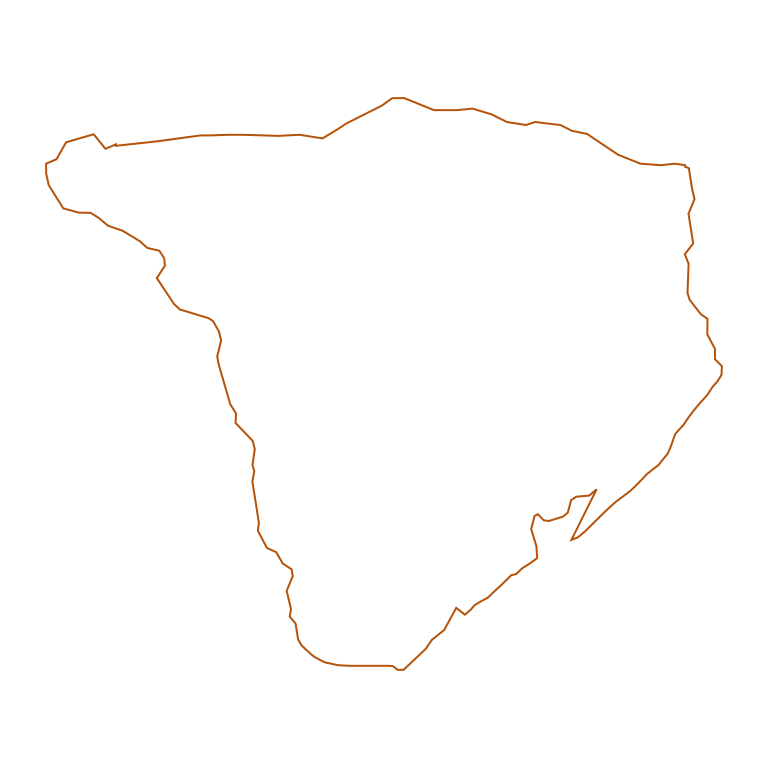 Gbadolite, Équateur, Democratic Republic of the Congo (Albers equal-area conic projection)
{"feature_id": "63176286B98421000452360", "entity_name": "Gbadolite", "entity_type": "district", "adm_level": 2, "iso_a3": "COD", "parent_name": "Democratic Republic of the Congo", "parent_adm1": "Équateur", "projection": "albers", "projection_center": [20.879, 4.254], "detail": "fine", "context": "isolated", "style": "outline", "palette": "amber", "viewbox_px": 768, "rotation_deg": 0, "n_neighbors": 0, "source": "geoboundaries", "source_scale": "gbopen_adm2", "svg_char_len": 2141}
<svg xmlns="http://www.w3.org/2000/svg" viewBox="0 0 768 768"><path d="M688.8,168.1L685.1,166.7L685.1,165.2L675.5,163.8L674.7,163.7L661.3,165.2L640.5,163.7L618.2,154.8L587.0,133.9L572.1,130.9L560.3,125.0L535.0,122.0L526.1,125.0L506.8,122.0L498.3,117.7L491.9,114.5L472.6,108.6L457.7,110.1L433.9,110.1L404.2,98.1L392.3,98.1L381.9,105.6L346.3,123.5L337.4,129.4L322.5,138.4L299.7,134.8L291.4,135.2L278.0,135.9L256.9,135.2L243.5,134.8L227.6,134.8L211.3,135.4L211.0,135.4L200.6,135.4L157.5,141.3L115.9,145.8L115.9,144.3L105.5,148.8L93.7,134.3L77.7,138.9L66.1,142.3L56.5,159.2L46.1,163.7L46.1,167.6L46.2,173.5L48.7,185.1L63.2,208.3L78.6,212.6L90.8,212.9L98.7,217.9L108.0,225.7L122.7,230.8L139.8,241.2L147.4,248.0L159.3,250.7L164.2,258.2L164.9,265.7L156.8,278.1L174.1,304.1L179.9,309.5L208.6,318.2L213.1,321.2L219.0,331.5L221.1,340.7L217.2,356.5L218.6,364.0L230.2,404.1L236.1,413.6L235.5,422.9L252.7,440.9L254.8,449.2L252.5,465.0L254.3,471.1L252.4,481.4L258.9,522.9L257.9,530.8L266.9,547.9L276.2,552.2L282.7,563.5L291.6,569.3L292.7,576.1L286.7,590.9L291.0,609.1L289.7,616.6L295.5,623.4L298.1,639.2L301.3,645.1L305.7,649.4L311.9,654.9L315.0,657.3L324.3,662.2L338.0,665.2L349.1,665.8L356.6,665.8L374.6,665.8L387.9,665.8L392.7,666.1L397.8,669.9L403.6,669.8L425.6,649.0L432.0,639.7L444.2,630.0L456.2,607.9L464.9,614.7L470.5,609.9L474.8,605.0L481.0,601.3L487.8,597.7L493.4,592.2L500.8,585.5L511.3,575.2L516.3,574.0L521.9,568.5L530.5,563.0L537.2,558.1L536.4,546.1L531.2,529.0L534.5,516.0L537.9,514.2L543.7,520.3L548.8,521.0L562.8,516.7L567.8,512.6L571.1,500.2L576.2,496.7L589.2,495.6L596.6,489.3L571.4,539.9L577.6,537.5L585.0,531.4L594.3,522.2L602.9,513.7L607.3,509.5L607.9,508.9L615.3,502.2L622.7,496.7L630.7,490.6L638.8,482.7L646.8,474.2L653.6,468.7L658.6,465.0L662.3,460.2L667.8,453.5L670.9,446.2L675.2,434.0L683.9,424.3L688.8,417.0L694.4,409.7L700.5,402.4L706.7,395.7L712.9,386.5L717.2,381.7L721.5,375.0L721.9,366.1L715.0,359.3L715.0,349.0L707.3,334.3L707.5,318.8L701.0,314.4L689.6,299.8L687.5,292.9L688.6,263.8L684.8,254.2L693.2,243.5L688.5,213.7L694.5,199.2L692.1,188.6L692.0,188.3L688.8,168.1Z" fill="none" stroke="#b45309" stroke-width="2"/></svg>